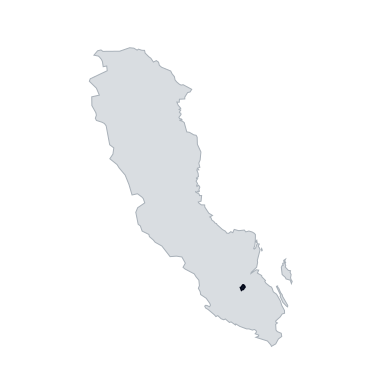 location of Vadstena, Östergötland, Sweden, rotated 315°
{"feature_id": "70781695B1956121953089", "entity_name": "Vadstena", "entity_type": "district", "adm_level": 2, "iso_a3": "SWE", "parent_name": "Sweden", "parent_adm1": "Östergötland", "projection": "mercator", "projection_center": [14.877, 58.447], "detail": "fine", "context": "in_parent", "style": "filled", "palette": "ink", "viewbox_px": 384, "rotation_deg": 315, "n_neighbors": 0, "source": "geoboundaries", "source_scale": "gbopen_adm2", "svg_char_len": 4132}
<svg xmlns="http://www.w3.org/2000/svg" viewBox="0 0 384 384"><g transform="rotate(315 192 192)"><path d="M122.3,282.7L123.2,285.5L125.1,285.1L125.9,283.1L126.9,277.2L125.6,270.6L127.3,268.3L128.4,264.6L131.0,263.5L134.5,259.2L134.9,254.8L135.7,251.5L132.6,241.5L132.4,238.9L137.0,237.6L138.9,230.8L135.7,226.4L130.8,222.2L132.5,208.9L130.4,201.5L130.7,198.4L130.3,193.5L131.5,191.5L129.1,184.4L131.5,179.4L131.1,176.8L137.9,166.6L142.5,164.7L150.9,166.3L152.9,162.2L153.0,160.0L152.2,154.7L147.5,151.7L152.7,142.2L156.7,132.8L157.5,123.5L158.4,119.6L157.4,110.4L162.9,109.3L167.9,105.5L167.2,100.4L178.1,84.5L178.5,81.6L177.6,78.8L175.0,73.8L175.8,71.5L178.7,70.1L180.1,67.9L182.3,60.1L188.4,53.8L195.0,58.0L197.8,51.0L197.7,41.1L200.1,40.0L217.8,46.3L220.8,42.6L217.8,40.6L220.8,36.6L221.7,34.2L222.0,31.3L221.9,29.7L219.4,25.9L225.1,25.4L228.1,27.2L228.4,29.5L240.4,41.3L249.9,45.9L252.6,49.2L253.5,52.9L255.1,53.1L256.8,56.4L258.6,58.3L257.1,60.6L257.1,65.9L257.5,68.3L256.6,72.8L259.7,73.9L260.1,76.6L258.5,79.3L258.7,82.3L262.5,91.4L261.5,94.3L261.1,98.0L259.3,100.7L259.0,103.4L259.3,107.0L259.9,108.7L261.6,109.9L264.4,119.2L261.4,119.9L259.2,118.6L254.0,119.8L252.7,121.1L248.7,117.5L246.4,119.5L244.9,117.7L243.6,120.7L243.2,124.9L241.3,124.5L242.0,126.1L239.5,126.6L239.3,127.3L239.8,128.3L239.0,129.5L235.6,129.9L235.1,131.3L236.1,132.8L236.0,133.9L233.8,132.4L235.3,135.3L235.6,137.4L230.8,145.8L232.4,148.0L233.6,152.7L235.0,154.8L234.4,156.9L229.5,162.1L226.6,170.0L220.4,175.1L217.2,176.4L215.0,180.1L212.6,179.0L212.5,181.1L210.9,179.8L209.6,183.0L207.4,185.7L205.0,185.2L204.7,185.7L205.4,186.5L202.6,187.2L201.8,190.0L199.7,190.8L199.4,191.6L201.5,191.8L201.0,194.1L198.6,195.2L197.8,196.7L196.7,196.7L196.9,195.6L195.3,195.6L194.8,194.3L194.5,194.7L195.6,198.4L194.8,199.9L196.3,201.3L191.9,204.9L189.3,203.5L189.0,204.6L189.5,207.7L191.8,210.1L190.4,211.7L188.9,218.8L189.9,223.1L186.9,222.2L187.2,223.8L186.2,225.6L186.6,228.4L186.3,230.2L187.0,231.8L186.6,232.6L187.0,240.1L187.9,243.3L187.5,245.8L188.8,247.2L191.4,247.5L192.1,249.6L195.4,248.3L197.7,252.4L202.1,255.9L201.8,258.2L204.6,259.8L206.3,262.9L206.9,265.4L206.7,267.0L202.3,271.2L199.0,274.0L195.5,275.7L195.7,276.4L197.4,276.6L201.5,274.6L202.8,276.4L200.5,277.2L200.0,279.6L199.1,281.1L189.8,286.6L188.6,288.2L184.5,290.9L177.1,290.7L176.0,291.3L182.4,292.4L183.9,294.4L180.9,295.6L182.2,300.3L181.4,301.4L181.4,306.5L180.3,306.6L179.8,308.7L180.3,313.8L180.9,315.2L180.6,316.7L178.9,320.1L179.5,324.1L177.5,331.4L175.3,335.6L173.6,341.2L171.7,343.2L169.5,342.0L166.1,342.7L160.1,342.4L159.3,343.0L159.8,345.0L157.6,344.7L153.8,349.0L153.6,351.0L155.2,355.0L153.3,357.6L149.2,357.0L143.8,358.6L139.0,357.3L139.6,355.9L140.0,350.7L134.4,339.9L137.0,341.0L138.0,340.4L136.4,336.9L138.7,336.6L139.3,335.3L138.9,333.3L137.1,332.4L135.5,329.1L133.8,327.4L130.8,320.9L129.7,316.3L128.7,316.8L127.8,311.5L126.2,310.7L125.8,305.4L124.1,304.8L123.0,302.3L122.8,297.6L120.8,297.0L121.0,294.7L120.3,286.4L119.6,283.7L120.2,281.8L121.3,281.6L122.3,282.7ZM207.9,308.2L206.9,308.7L206.4,310.2L204.9,310.9L204.7,315.6L206.0,317.3L204.6,318.1L203.7,320.5L201.2,322.2L200.2,323.7L199.7,326.0L197.5,327.1L199.1,323.8L197.0,319.9L197.6,318.6L197.4,314.1L201.9,308.4L203.9,307.7L204.8,308.3L205.2,306.9L205.9,306.6L207.9,308.2ZM179.5,339.9L178.4,340.8L178.1,339.5L178.2,334.3L180.6,328.0L181.7,327.5L184.7,319.0L185.0,318.4L186.1,319.0L185.3,319.8L185.3,321.3L183.5,325.8L183.0,328.8L182.3,329.5L179.5,339.9ZM208.7,306.4L208.5,307.7L207.4,306.7L208.5,305.2L210.7,305.6L208.7,306.4ZM203.7,271.9L202.2,274.0L201.9,273.1L202.2,272.1L203.7,271.9ZM200.5,282.9L199.8,283.0L200.3,281.6L201.3,281.2L200.5,282.9Z" fill="#d9dde1" stroke="#a8b0b8" stroke-width="1"/><path d="M160.8,296.9L161.1,296.6L161.5,296.6L161.6,296.9L162.0,296.9L162.3,296.7L162.5,296.5L162.6,296.0L162.8,295.7L162.8,295.4L162.7,295.2L162.5,294.9L162.9,294.2L162.7,294.0L162.5,293.8L162.1,293.5L159.4,294.1L158.7,293.7L157.4,296.5L159.1,296.7L159.2,296.8L159.2,297.1L159.3,297.2L159.8,297.2L160.2,297.1L160.4,297.0L160.8,296.9L160.8,296.9Z" fill="#0f172a" stroke="#020617" stroke-width="1.5"/></g></svg>